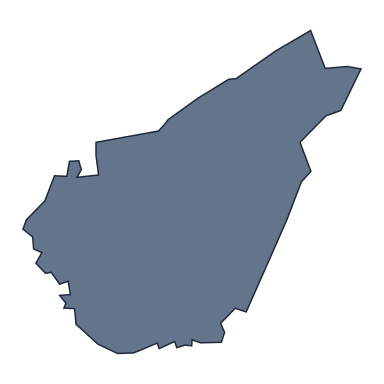 outline of Clarendon, South Carolina, United States of America
{"feature_id": "52423323B77456184843444", "entity_name": "Clarendon", "entity_type": "district", "adm_level": 2, "iso_a3": "USA", "parent_name": "United States of America", "parent_adm1": "South Carolina", "projection": "natural_earth1", "projection_center": [-80.271, 33.688], "detail": "fine", "context": "isolated", "style": "filled", "palette": "slate", "viewbox_px": 384, "rotation_deg": 0, "n_neighbors": 0, "source": "geoboundaries", "source_scale": "gbopen_adm2", "svg_char_len": 828}
<svg xmlns="http://www.w3.org/2000/svg" viewBox="0 0 384 384"><path d="M310.6,30.5L276.0,50.7L236.0,78.7L228.9,79.2L198.5,97.8L168.0,119.7L164.3,124.7L158.5,131.0L96.0,142.3L96.0,155.5L98.6,175.0L77.0,177.3L81.3,169.7L78.8,160.8L69.5,161.3L66.8,176.3L54.5,175.8L44.9,200.8L26.3,219.9L23.0,229.2L32.7,237.0L33.6,249.0L41.9,252.6L35.9,263.2L45.5,273.3L51.2,272.3L59.7,284.2L68.1,281.2L70.4,294.6L59.7,295.4L65.9,303.1L63.9,308.1L74.6,308.6L76.0,324.3L97.9,344.1L117.6,353.5L133.8,352.9L157.2,343.1L159.2,348.6L174.6,341.5L176.8,347.7L184.9,345.1L191.7,345.8L192.1,339.8L200.5,342.8L221.3,342.3L224.6,332.4L220.6,323.3L235.2,308.3L246.2,311.9L275.0,246.8L287.3,218.7L301.3,182.0L310.9,171.3L300.0,142.3L326.0,115.8L340.8,110.5L361.0,68.9L347.3,66.5L325.2,68.4L310.6,30.5Z" fill="#64748b" stroke="#1e293b" stroke-width="1.5"/></svg>